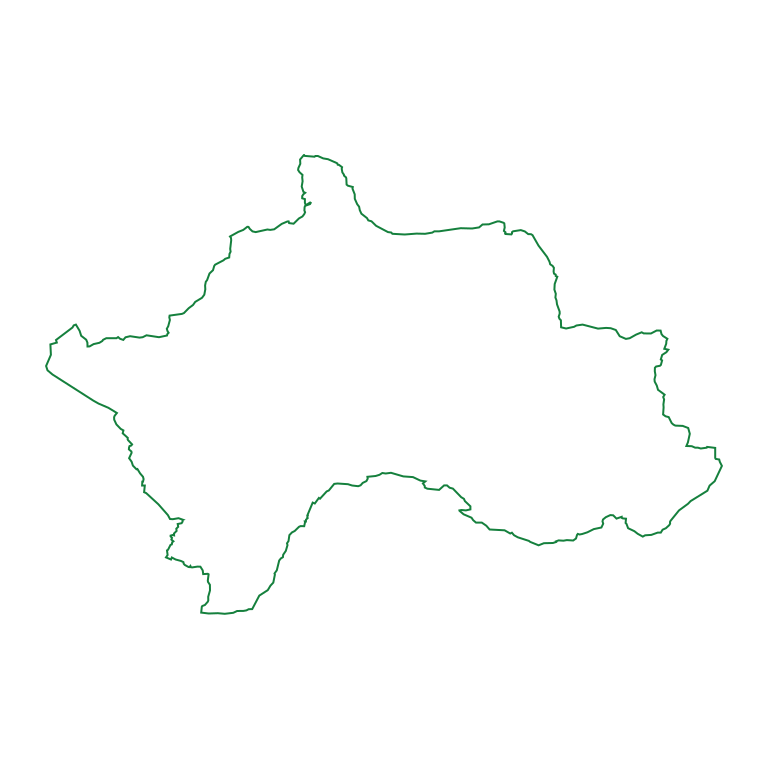 the district of Bogdan Voda, Maramures, Romania
{"feature_id": "2599482B91571956331193", "entity_name": "Bogdan Voda", "entity_type": "district", "adm_level": 2, "iso_a3": "ROU", "parent_name": "Romania", "parent_adm1": "Maramures", "projection": "robinson", "projection_center": [24.297, 47.701], "detail": "fine", "context": "isolated", "style": "outline", "palette": "green", "viewbox_px": 768, "rotation_deg": 0, "n_neighbors": 0, "source": "geoboundaries", "source_scale": "gbopen_adm2", "svg_char_len": 6107}
<svg xmlns="http://www.w3.org/2000/svg" viewBox="0 0 768 768"><path d="M552.9,543.0L556.1,542.0L555.9,541.4L558.6,540.4L563.5,540.7L566.8,540.1L573.2,540.5L576.0,538.5L577.0,535.0L577.8,533.9L579.6,534.5L582.2,534.0L587.4,532.3L593.8,529.1L601.4,527.5L603.2,523.7L602.5,521.3L603.0,519.5L605.8,517.2L610.3,515.1L613.2,515.3L616.5,518.6L621.7,516.8L621.8,517.9L622.8,518.4L626.0,518.7L625.6,523.0L626.5,523.9L628.1,528.2L634.4,531.2L637.7,533.8L642.8,536.6L645.1,535.3L651.3,534.9L657.7,532.6L660.8,532.6L662.6,529.7L665.9,528.2L669.2,525.2L670.1,523.7L670.0,522.0L670.5,520.9L679.0,510.4L688.0,503.8L690.6,501.1L707.4,490.7L709.6,485.6L714.7,481.2L721.9,465.9L719.8,461.8L719.2,459.5L715.7,458.9L715.2,457.9L715.2,447.9L707.1,446.9L706.7,447.7L700.8,448.5L698.0,447.7L695.2,447.7L691.8,446.2L686.4,446.0L687.9,442.4L689.8,433.8L688.2,428.0L682.7,425.9L675.3,425.6L673.4,424.6L671.7,423.1L668.7,417.1L665.6,416.3L663.1,414.5L663.6,407.4L663.4,404.4L664.1,399.4L663.2,397.0L664.6,394.7L658.0,389.8L656.8,385.6L654.7,381.6L654.5,379.2L655.5,375.2L654.8,371.2L654.9,367.8L656.1,366.5L659.9,365.8L660.9,364.9L662.1,360.4L660.8,359.5L662.2,354.9L666.4,352.2L668.3,349.7L664.3,348.8L666.2,343.8L666.4,340.9L667.4,338.8L663.0,336.0L661.5,334.1L660.6,330.6L656.7,330.5L650.9,333.5L643.7,333.4L641.7,332.3L636.1,334.6L629.7,338.2L625.9,338.9L619.7,336.2L615.8,330.0L610.7,328.2L606.1,327.9L598.0,328.6L582.6,324.6L576.4,325.5L574.1,326.8L566.1,328.5L561.1,327.3L560.9,320.3L559.4,318.7L558.7,316.7L559.7,313.6L559.6,311.5L557.0,304.3L556.5,300.4L555.4,297.5L555.8,293.8L554.4,289.6L554.7,284.0L557.3,276.7L555.7,276.0L555.7,274.6L554.0,273.6L553.6,271.5L553.9,267.8L552.6,265.9L550.2,264.3L549.5,261.7L547.0,256.8L538.5,245.6L532.5,235.1L531.0,234.2L528.2,234.1L524.8,231.4L520.8,230.1L513.1,231.3L512.0,232.2L512.0,233.5L511.4,234.4L505.4,234.0L505.1,233.5L505.5,232.3L503.9,230.9L504.7,227.5L504.3,223.4L503.6,222.8L499.4,221.4L497.4,221.4L488.9,224.3L482.5,224.5L479.1,227.4L472.1,228.5L460.7,228.2L439.3,231.3L434.4,231.3L432.3,232.6L425.1,233.8L416.5,233.6L404.7,234.5L392.4,233.8L391.2,232.5L388.0,232.1L376.1,225.8L371.5,221.3L368.3,220.4L367.0,218.1L361.4,213.7L359.8,210.2L359.1,206.7L357.2,204.2L354.8,198.8L354.7,194.3L352.5,188.7L352.8,187.0L347.9,185.7L346.6,184.6L346.3,178.4L346.0,177.4L344.0,175.6L343.9,174.6L342.4,172.5L341.7,168.8L342.1,167.2L339.0,164.9L337.7,164.7L337.3,163.4L336.4,162.9L328.0,159.2L323.2,158.4L317.9,156.0L315.3,156.0L314.6,156.7L304.7,155.9L304.1,155.3L304.0,154.2L304.0,154.9L300.1,159.5L300.3,163.8L298.4,168.0L298.1,170.0L299.6,172.3L302.5,174.9L302.2,177.4L302.6,181.3L301.7,186.5L303.4,191.8L305.2,192.8L303.4,194.2L302.2,196.1L302.2,198.3L304.9,199.1L304.9,202.8L305.5,204.4L306.6,204.7L310.1,202.5L310.7,202.9L310.0,204.1L305.2,205.8L304.6,207.1L304.4,210.5L305.1,212.2L304.2,214.2L302.4,216.5L299.0,218.4L293.6,223.7L289.1,223.1L288.6,221.4L287.3,221.5L281.7,223.9L274.2,229.3L270.2,229.9L267.4,229.5L255.7,232.1L252.5,231.4L249.8,228.9L248.5,226.9L247.3,226.8L243.3,229.9L238.3,231.9L230.0,236.5L231.0,237.9L231.2,240.3L230.2,248.9L230.6,251.7L229.5,253.9L229.2,257.5L225.2,258.8L223.5,260.3L215.1,264.7L214.2,266.0L213.0,270.2L209.5,273.5L207.1,280.1L205.8,281.8L205.1,285.4L205.3,289.3L204.3,294.7L202.0,297.8L195.2,301.9L193.1,304.9L188.7,308.2L183.9,313.1L181.9,313.9L169.6,315.6L169.3,317.3L169.9,320.0L168.2,326.3L166.8,328.8L167.6,331.3L168.6,332.8L167.4,334.0L167.0,335.5L159.0,337.2L146.5,335.3L142.7,337.2L139.5,337.6L130.1,336.2L125.5,337.3L123.3,339.9L120.1,338.8L118.1,337.1L116.5,338.2L106.3,338.2L103.1,339.8L102.3,341.0L99.4,342.8L93.6,344.1L89.6,346.4L87.5,346.5L87.4,342.6L86.2,339.7L81.2,335.8L79.6,330.8L75.9,324.6L73.7,325.4L72.5,327.5L56.0,340.0L56.8,342.6L50.4,344.4L50.9,354.8L46.1,366.0L47.5,370.3L52.5,374.5L93.3,400.6L98.6,403.6L108.4,407.8L116.9,413.0L114.7,415.7L114.1,417.2L114.2,419.7L116.4,424.4L120.7,428.9L123.4,430.4L122.7,433.3L127.8,437.9L127.6,439.2L128.1,440.2L132.1,444.4L131.3,445.5L129.5,446.1L129.0,447.7L128.9,449.4L131.4,451.5L131.6,452.8L129.1,458.2L131.6,461.7L132.9,465.6L136.5,469.3L137.4,469.0L140.1,473.4L143.0,476.8L143.6,479.1L143.0,481.7L142.3,481.7L142.1,485.5L144.8,485.5L144.1,492.2L146.2,493.1L158.4,504.3L167.9,515.1L170.0,519.0L172.8,519.2L178.5,518.2L183.1,519.8L182.5,520.1L182.6,521.6L181.6,523.2L177.7,524.0L178.2,526.8L176.3,528.7L176.6,530.9L174.0,533.5L174.1,535.4L172.6,535.0L170.6,535.6L170.6,536.4L172.0,537.8L171.4,539.6L173.4,541.3L172.2,542.3L171.8,544.4L170.5,544.9L168.0,549.8L167.0,550.4L167.6,555.0L166.0,557.4L171.0,559.5L171.8,557.5L175.6,559.5L180.8,560.9L183.4,562.1L183.7,563.7L184.7,564.9L188.5,567.0L189.5,567.1L190.4,566.0L190.9,567.2L192.2,567.4L197.5,566.6L200.4,566.7L202.7,570.4L203.2,574.1L207.8,573.8L208.6,574.3L207.8,580.6L208.0,581.9L209.9,584.8L210.0,590.4L208.2,596.8L208.3,600.4L207.8,601.7L204.9,605.0L202.3,606.0L201.8,606.8L201.2,612.6L208.7,613.5L217.8,613.2L224.8,613.8L233.3,612.8L237.1,611.0L243.5,610.9L246.4,610.4L248.7,609.2L252.2,609.1L259.3,595.6L267.8,590.1L270.5,585.6L273.3,582.6L274.9,574.6L274.5,573.5L276.8,570.3L279.2,560.5L280.9,558.4L282.9,557.2L283.2,554.7L285.8,550.9L287.5,545.1L287.0,543.3L288.5,541.1L289.4,535.1L292.0,532.4L294.7,531.0L299.0,526.8L300.6,526.1L304.2,526.2L305.0,522.4L304.8,521.4L305.9,521.5L306.0,519.7L307.7,518.0L307.2,517.2L307.8,515.5L307.4,515.3L312.7,502.6L314.8,503.5L318.9,497.9L320.0,498.7L326.7,491.4L328.8,490.5L334.2,483.9L337.5,483.5L348.0,484.2L352.1,485.5L358.2,486.2L360.6,485.3L362.7,482.9L366.4,481.1L367.7,478.7L367.4,476.8L375.6,476.0L379.5,474.8L382.3,473.0L385.7,473.5L391.0,472.8L403.3,476.4L413.0,477.1L420.4,480.6L425.3,481.4L422.9,483.4L424.7,485.9L424.8,487.5L427.3,488.7L439.1,489.9L444.1,485.4L447.0,485.4L449.6,487.7L452.9,488.6L461.2,497.2L463.9,498.8L464.9,501.1L470.4,506.3L470.4,509.4L465.9,510.4L461.5,510.0L459.4,510.4L459.5,510.8L463.6,514.3L471.5,517.7L473.2,520.2L476.0,522.6L481.8,522.6L486.3,525.7L489.6,529.5L504.6,530.3L510.2,533.5L511.9,532.7L514.0,535.2L517.8,537.3L528.9,540.9L530.2,541.9L538.6,545.3L543.9,543.2L552.9,543.0Z" fill="none" stroke="#15803d" stroke-width="2"/></svg>